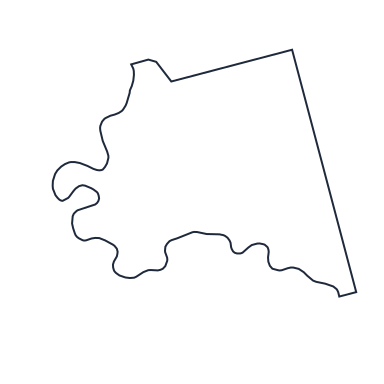 the district of Doniphan, Kansas, United States of America, rotated 165°
{"feature_id": "52423323B86615005199408", "entity_name": "Doniphan", "entity_type": "district", "adm_level": 2, "iso_a3": "USA", "parent_name": "United States of America", "parent_adm1": "Kansas", "projection": "albers", "projection_center": [-95.019, 39.808], "detail": "fine", "context": "isolated", "style": "outline", "palette": "slate", "viewbox_px": 384, "rotation_deg": 165, "n_neighbors": 0, "source": "geoboundaries", "source_scale": "gbopen_adm2", "svg_char_len": 2261}
<svg xmlns="http://www.w3.org/2000/svg" viewBox="0 0 384 384"><g transform="rotate(165 192 192)"><path d="M251.1,127.0L245.3,125.1L242.7,125.0L240.1,125.4L237.0,127.3L233.9,131.7L233.4,132.8L233.0,135.0L233.5,140.7L233.3,142.2L231.9,146.0L229.6,148.3L226.5,150.3L224.1,150.8L218.3,151.1L202.2,153.0L200.3,152.9L197.4,152.0L188.7,147.6L176.4,144.0L172.7,142.1L171.4,141.0L169.5,138.6L168.3,135.5L167.9,133.0L168.5,128.6L168.4,126.8L167.7,124.0L166.5,122.3L164.5,121.0L161.0,120.1L158.9,120.3L151.9,123.8L148.0,125.3L142.4,125.3L140.0,124.8L137.0,123.3L135.5,122.4L133.4,119.3L133.2,118.4L133.1,116.5L133.4,114.3L135.5,109.1L136.3,104.9L135.9,100.6L134.2,97.1L129.0,94.1L127.6,93.5L125.5,93.2L119.4,93.6L116.3,93.5L113.7,92.8L108.8,90.1L104.8,85.6L102.4,81.4L98.0,75.1L95.3,73.1L87.1,69.0L80.0,64.2L77.5,60.8L77.1,59.7L76.7,57.4L76.8,52.9L59.3,52.8L58.5,303.5L183.4,304.1L192.9,327.0L199.9,331.2L217.7,331.0L216.8,326.4L216.9,324.0L217.8,320.1L219.9,314.7L222.7,310.0L225.7,306.2L226.6,303.8L232.1,294.8L233.8,292.6L237.3,289.4L238.9,288.4L242.4,287.3L246.7,286.8L251.0,286.8L256.3,285.8L257.7,285.3L260.6,283.3L263.4,279.6L264.2,277.7L264.7,274.9L265.0,264.5L263.5,253.1L263.4,248.7L263.9,246.6L266.7,241.6L269.6,238.7L272.3,236.8L273.7,236.6L275.9,236.9L278.1,237.8L281.2,239.8L286.3,244.3L292.8,249.0L297.4,251.2L301.5,252.3L303.4,252.4L307.6,251.8L311.8,250.4L316.5,247.7L319.6,244.8L323.5,238.7L325.0,234.0L325.5,231.1L324.7,224.2L323.4,221.2L322.2,219.1L321.2,218.0L319.8,217.1L319.0,217.0L313.3,218.3L313.2,218.3L311.9,219.1L306.5,223.4L306.4,223.4L306.3,223.5L306.2,223.6L305.7,224.0L303.4,225.5L299.5,226.9L296.1,226.9L293.6,225.8L288.4,221.8L286.5,219.9L283.9,216.6L283.3,215.2L283.1,212.8L283.4,209.8L284.8,207.5L286.5,206.0L288.7,205.0L306.8,204.0L308.3,203.6L311.7,201.7L313.5,199.5L316.0,192.6L316.2,187.9L315.9,182.7L315.6,180.4L314.7,178.4L313.4,176.7L310.1,173.7L308.7,173.0L306.9,172.7L301.1,173.1L297.4,172.7L293.5,171.5L288.4,167.7L282.0,161.6L280.8,160.1L279.3,156.7L279.3,153.5L280.3,151.1L281.3,149.2L285.4,145.1L287.1,142.4L287.7,139.6L287.7,136.9L287.4,135.4L286.4,133.5L283.7,130.2L278.5,126.7L274.3,125.0L270.0,124.2L267.7,124.6L259.7,127.2L254.6,127.8L252.8,127.5L251.1,127.0Z" fill="none" stroke="#1e293b" stroke-width="2"/></g></svg>